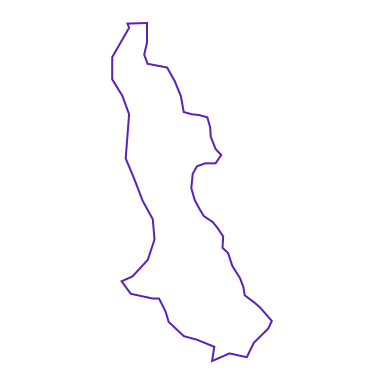 Ortakioï, Cyprus
{"feature_id": "46923920B2976518119869", "entity_name": "Ortakioï", "entity_type": "district", "adm_level": 2, "iso_a3": "CYP", "parent_name": "Cyprus", "parent_adm1": "", "projection": "equal_earth", "projection_center": [33.334, 35.209], "detail": "fine", "context": "isolated", "style": "outline", "palette": "violet", "viewbox_px": 384, "rotation_deg": 0, "n_neighbors": 0, "source": "geoboundaries", "source_scale": "gbopen_adm2", "svg_char_len": 894}
<svg xmlns="http://www.w3.org/2000/svg" viewBox="0 0 384 384"><path d="M121.6,281.3L130.8,293.8L152.5,298.5L159.0,298.5L165.5,311.4L168.7,322.0L183.9,336.2L196.9,339.7L214.3,346.8L212.1,361.0L229.5,353.4L246.8,357.2L253.8,342.8L261.1,335.6L268.3,328.5L271.8,321.0L260.0,307.4L253.8,302.1L244.7,295.3L243.4,287.0L239.9,278.0L232.3,265.9L228.1,253.1L222.5,247.8L223.2,236.5L217.7,228.2L212.8,222.1L203.8,216.1L199.7,209.3L194.8,200.3L191.3,188.2L192.7,173.9L196.9,166.3L205.2,163.3L215.6,163.3L221.2,155.0L215.6,149.0L210.8,136.9L210.1,127.1L207.3,117.3L199.0,115.0L192.0,114.3L183.7,112.0L180.9,96.2L174.7,81.1L167.1,67.5L147.6,63.8L144.2,54.7L147.0,42.6L147.0,34.3L147.0,23.0L127.5,23.6L129.1,27.8L112.2,57.2L112.2,79.3L122.4,95.9L129.1,114.3L125.7,158.5L134.2,178.8L142.7,200.9L152.8,219.3L154.5,239.5L147.8,259.8L132.5,276.4L121.6,281.3Z" fill="none" stroke="#5b21b6" stroke-width="2"/></svg>